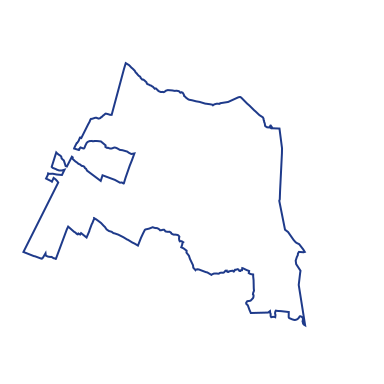 Garoafa, Vrancea, Romania, rotated 16°
{"feature_id": "2599482B42581199189743", "entity_name": "Garoafa", "entity_type": "district", "adm_level": 2, "iso_a3": "ROU", "parent_name": "Romania", "parent_adm1": "Vrancea", "projection": "orthographic", "projection_center": [27.251, 45.799], "detail": "fine", "context": "isolated", "style": "outline", "palette": "blue", "viewbox_px": 384, "rotation_deg": 16, "n_neighbors": 0, "source": "geoboundaries", "source_scale": "gbopen_adm2", "svg_char_len": 5905}
<svg xmlns="http://www.w3.org/2000/svg" viewBox="0 0 384 384"><g transform="rotate(16 192 192)"><path d="M79.6,293.8L82.0,262.3L82.5,259.4L89.7,262.8L91.1,263.1L92.3,263.8L93.6,264.3L93.9,264.2L94.2,263.2L96.2,263.7L96.7,262.1L103.2,264.8L104.1,257.8L104.0,257.0L104.5,250.6L104.8,249.4L105.1,246.1L105.4,245.1L105.1,244.1L105.4,244.1L106.4,244.6L107.1,244.6L109.6,245.5L113.2,246.9L116.5,248.9L117.9,249.6L120.2,251.5L122.9,252.4L125.8,252.4L127.2,253.0L128.0,253.2L129.0,253.1L132.9,253.3L138.6,254.4L142.9,255.6L143.6,255.6L148.5,257.0L151.0,257.4L154.8,258.4L155.6,250.1L156.4,245.1L157.1,241.5L157.5,240.9L160.9,239.0L163.9,236.7L165.7,236.8L166.9,236.7L168.1,236.4L169.0,236.4L171.0,237.0L171.8,237.6L172.8,237.3L174.7,236.2L175.7,236.0L177.4,237.2L179.5,237.0L181.4,236.4L183.1,236.9L183.5,237.5L184.6,237.9L186.4,238.0L187.4,237.6L189.6,237.3L190.7,237.4L191.5,237.9L192.2,238.5L192.2,239.7L192.5,240.7L193.2,242.1L193.9,242.8L194.5,242.4L195.7,242.2L197.4,242.7L197.0,243.5L196.9,244.1L197.1,245.2L196.9,248.1L199.4,248.5L203.0,249.9L203.4,251.8L206.6,254.1L208.5,256.9L213.2,262.2L214.1,264.4L216.8,266.1L216.9,265.6L217.1,265.5L218.3,265.1L218.4,264.8L218.7,264.7L220.3,264.6L227.4,265.2L228.9,265.1L233.5,266.3L233.8,265.8L235.5,264.4L237.6,263.7L240.1,263.2L240.3,263.1L241.0,262.2L241.6,261.8L242.9,261.3L244.1,261.1L245.0,260.4L245.8,258.6L245.9,258.4L247.1,258.0L247.4,258.7L248.2,259.0L249.1,258.8L249.2,258.3L250.5,257.5L252.9,256.4L253.5,256.5L253.9,257.0L254.3,256.8L254.7,255.1L254.9,254.8L255.4,254.8L257.2,253.6L258.0,253.7L259.3,254.8L260.3,254.6L260.5,253.8L261.6,253.4L261.3,251.3L262.2,251.3L266.2,252.0L268.7,252.2L268.9,254.3L270.1,254.6L271.6,254.7L273.5,254.4L274.2,256.6L275.5,259.8L278.0,267.8L278.8,269.8L278.6,272.2L278.8,273.6L279.6,274.2L280.0,275.9L279.9,277.2L278.4,280.1L277.8,280.6L275.3,281.7L275.1,281.9L274.6,283.8L274.9,284.1L275.3,284.8L276.7,285.4L277.3,286.1L279.6,289.3L281.9,292.1L298.4,286.9L299.8,285.0L300.6,286.9L301.2,287.5L301.7,289.4L302.2,290.1L302.7,290.5L304.0,289.8L305.6,289.3L306.5,289.4L306.3,288.1L306.1,287.1L305.4,286.1L305.1,284.7L305.1,283.6L305.3,282.9L306.8,282.8L310.3,282.0L318.1,280.7L319.3,285.2L319.6,285.9L320.2,286.4L323.5,286.8L325.2,286.8L326.1,286.7L326.9,286.3L327.8,285.7L328.5,285.0L329.3,283.6L329.8,281.9L330.2,281.6L331.1,281.6L332.6,282.1L333.5,283.0L333.7,283.5L334.0,286.1L334.4,286.5L334.9,287.6L335.2,288.0L336.3,288.7L337.5,289.0L320.2,251.9L318.3,240.2L318.0,237.8L312.0,232.6L310.6,229.4L310.7,225.6L311.1,223.6L310.8,221.9L311.3,220.1L315.8,219.2L316.9,218.5L314.7,216.5L309.4,212.6L307.0,212.2L305.9,211.9L305.1,211.5L302.9,210.1L295.4,204.0L291.8,202.6L278.3,176.4L278.4,174.9L276.2,166.0L267.8,130.1L266.5,125.2L258.6,106.9L252.0,108.5L251.3,108.8L250.5,108.9L249.9,108.6L249.6,108.3L249.7,107.5L250.3,107.2L249.3,106.4L249.1,106.5L248.9,107.4L248.6,108.5L248.3,108.8L247.6,108.8L247.0,109.0L246.2,109.1L245.7,108.8L244.7,108.7L244.0,108.2L243.5,107.0L242.9,105.8L242.0,104.7L241.6,103.6L240.9,102.9L240.6,101.9L240.2,101.4L239.5,100.7L235.6,99.5L234.8,99.1L230.6,96.9L229.4,96.4L223.4,93.1L220.6,91.8L213.5,87.8L212.4,87.4L211.3,87.7L210.2,88.4L201.9,95.5L194.6,98.9L194.3,99.6L194.1,99.7L191.7,100.2L191.1,100.5L189.6,101.4L189.0,101.9L188.2,102.9L187.5,102.5L187.1,102.5L184.8,102.7L183.7,102.9L181.4,103.2L180.5,103.4L174.5,103.3L171.0,103.7L166.8,103.8L163.8,104.1L162.7,103.9L160.3,103.0L158.6,102.0L158.0,101.9L157.3,100.6L155.6,99.1L154.3,99.0L153.8,99.7L153.5,99.7L152.8,99.5L152.2,98.9L151.4,98.7L149.3,98.9L147.4,99.6L145.1,99.8L140.7,100.7L139.1,101.7L138.4,102.7L137.6,103.6L137.0,103.9L136.3,103.8L135.5,104.2L134.4,104.5L132.6,104.3L131.7,104.1L131.3,103.7L130.3,103.3L129.1,102.5L128.3,102.5L127.7,103.0L125.4,101.6L124.7,101.5L123.3,101.0L122.2,101.0L120.6,100.6L119.3,100.6L118.4,99.8L118.1,99.2L117.3,98.7L116.7,98.5L116.1,98.1L114.4,97.4L113.9,97.4L113.6,97.6L113.0,97.6L112.5,97.3L112.0,96.9L111.2,96.5L110.9,96.0L110.3,95.4L109.1,95.1L108.1,94.6L107.4,94.1L106.9,93.9L106.4,93.3L105.0,92.7L103.4,91.1L102.5,90.7L102.0,90.3L101.7,90.2L100.4,89.5L99.7,89.3L98.1,88.3L96.5,87.4L92.8,86.4L92.7,92.5L93.5,139.8L93.2,139.8L93.1,140.1L92.4,140.3L91.9,140.4L90.2,140.3L87.5,140.4L87.2,140.6L86.8,141.2L86.1,142.3L85.5,143.0L84.6,144.7L84.2,144.9L83.5,146.2L82.5,146.9L81.9,147.2L79.4,147.0L78.4,147.4L75.6,149.3L74.8,149.5L74.6,149.7L74.3,151.1L74.2,152.7L74.0,153.4L73.7,154.9L73.6,155.1L70.7,170.7L70.3,170.7L69.4,170.4L69.3,170.5L69.2,171.6L69.0,173.1L69.0,173.8L68.1,176.5L67.7,176.7L67.0,180.3L66.7,182.2L66.7,182.7L71.3,182.8L71.4,182.3L71.9,182.4L72.2,180.5L72.5,179.9L75.5,180.1L76.0,180.0L76.5,179.0L76.6,177.3L76.8,176.1L77.2,173.9L77.9,172.6L79.5,171.3L81.8,170.5L82.6,170.6L83.9,170.1L84.0,169.9L87.0,169.1L90.5,168.5L96.1,171.0L96.3,172.5L97.8,173.0L98.6,172.9L98.7,172.7L98.9,172.6L100.7,172.8L101.6,172.7L102.4,172.5L103.1,172.1L105.0,170.7L105.8,170.5L107.0,170.5L108.3,170.7L111.0,171.4L113.6,171.0L118.6,171.0L120.5,171.7L123.2,172.2L126.0,170.8L125.5,178.0L124.9,183.8L124.2,196.5L124.1,202.2L124.1,202.5L123.8,202.7L121.9,202.2L120.2,202.9L114.5,201.6L101.4,200.6L101.2,206.5L85.2,200.4L83.8,198.9L82.5,198.5L81.5,197.4L79.9,197.1L78.8,197.3L76.8,196.4L75.0,196.2L73.7,195.5L71.6,194.8L70.5,194.3L67.8,192.9L67.8,191.6L66.8,191.2L64.7,202.0L63.4,201.9L60.1,197.0L58.5,196.3L57.3,195.5L56.8,194.4L56.4,193.9L55.5,193.4L53.2,192.7L51.4,191.9L50.6,191.4L50.2,206.5L51.4,207.2L54.8,207.5L55.8,207.8L56.9,207.8L57.5,207.9L58.4,207.9L61.1,207.1L63.3,205.7L62.3,211.5L57.1,212.5L53.2,212.8L49.4,214.0L48.6,213.8L48.6,214.6L48.8,214.8L48.0,219.3L53.9,220.4L54.2,220.6L54.5,220.7L55.1,216.6L57.3,217.4L59.3,218.6L60.8,219.8L46.5,296.1L57.5,297.2L58.9,297.1L65.7,297.6L66.0,297.5L66.0,297.1L66.7,296.5L66.9,295.9L68.1,291.3L68.9,293.2L69.2,293.5L71.4,293.8L73.7,293.5L74.9,293.1L77.2,293.8L78.9,293.6L79.3,293.9L79.6,293.8Z" fill="none" stroke="#1e3a8a" stroke-width="2"/></g></svg>